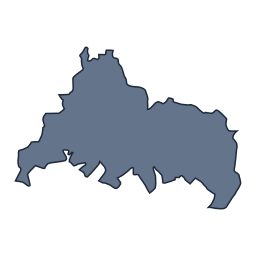 outline of Thai Hoa, Nghệ An, Vietnam
{"feature_id": "81297802B32908759949092", "entity_name": "Thai Hoa", "entity_type": "district", "adm_level": 2, "iso_a3": "VNM", "parent_name": "Vietnam", "parent_adm1": "Nghệ An", "projection": "albers", "projection_center": [105.442, 19.294], "detail": "fine", "context": "isolated", "style": "filled", "palette": "slate", "viewbox_px": 256, "rotation_deg": 0, "n_neighbors": 0, "source": "geoboundaries", "source_scale": "gbopen_adm2", "svg_char_len": 5586}
<svg xmlns="http://www.w3.org/2000/svg" viewBox="0 0 256 256"><path d="M208.4,207.4L209.8,207.3L216.0,208.4L218.9,208.6L220.3,208.7L221.8,208.7L223.0,208.6L223.8,208.4L224.5,208.2L225.8,207.5L226.2,207.1L226.6,206.6L227.0,205.9L227.5,205.1L232.7,197.0L235.1,193.9L236.4,191.4L238.6,188.0L239.8,185.5L240.2,184.7L240.5,183.7L240.6,183.1L240.6,182.6L240.1,179.7L239.3,176.9L239.2,175.9L239.0,175.3L238.6,174.6L238.0,173.9L236.7,172.8L235.9,172.4L235.2,171.9L234.5,171.3L234.2,170.5L234.2,169.9L234.2,169.3L234.4,168.3L234.8,165.7L235.7,158.4L236.5,149.9L236.7,148.8L236.9,147.8L237.0,145.9L236.8,144.9L236.7,143.9L236.4,143.1L235.9,142.2L235.6,141.6L234.8,140.6L234.0,139.7L233.4,139.0L233.0,138.3L232.8,137.8L233.0,136.7L233.2,136.1L233.5,135.3L233.8,134.7L234.2,133.9L235.3,132.5L237.0,131.0L231.3,131.1L229.2,130.8L228.7,130.6L228.2,130.2L226.9,127.8L226.2,125.7L225.9,124.3L225.9,123.5L226.4,120.3L226.6,119.0L226.3,118.5L223.5,115.6L221.5,113.6L219.1,111.5L217.5,110.4L216.6,110.1L216.4,110.1L215.9,110.2L215.5,110.5L213.5,112.4L212.7,112.9L211.9,113.2L211.5,113.3L206.9,112.8L205.6,112.4L205.1,112.6L204.7,113.1L204.4,113.2L204.2,113.2L202.7,112.6L200.2,110.6L197.9,108.4L197.1,107.6L195.8,106.6L195.0,106.2L193.2,105.5L191.0,104.7L187.8,105.0L181.3,104.3L177.9,103.3L173.5,102.0L172.9,99.1L171.3,98.4L169.4,98.1L168.5,98.0L166.3,101.4L164.2,103.3L163.3,103.5L162.7,103.6L161.5,103.0L159.0,101.9L157.6,101.9L157.0,102.1L155.3,103.1L150.9,107.8L149.0,109.1L147.6,109.4L147.7,106.6L147.7,104.7L147.6,103.2L147.5,102.6L147.7,99.5L147.7,97.7L147.3,96.4L146.6,94.1L145.5,90.8L145.2,90.2L144.8,89.7L144.4,89.4L143.3,88.6L140.7,87.5L138.9,87.1L137.1,86.9L136.0,86.8L133.5,86.6L131.4,86.3L130.1,85.9L128.6,85.4L127.7,84.8L127.2,84.3L127.0,84.0L126.7,83.6L126.4,81.3L126.1,79.4L125.8,78.7L125.6,78.3L124.2,76.0L123.6,73.8L123.6,73.7L122.6,70.4L121.6,67.6L120.8,66.3L119.9,65.2L118.8,64.0L118.5,63.1L118.1,59.6L117.8,59.1L116.9,58.6L116.2,58.2L114.6,58.1L114.0,57.8L113.5,57.5L113.2,57.1L112.9,56.8L112.6,56.1L112.4,54.1L112.5,52.9L113.1,50.5L111.2,50.3L108.3,50.2L106.3,50.2L105.9,51.7L105.7,54.0L105.2,54.5L104.3,54.6L103.4,54.6L98.8,54.5L98.7,54.8L98.9,56.4L99.2,57.5L98.9,58.1L98.4,58.7L97.7,59.4L97.1,59.4L96.3,59.1L95.1,58.6L94.2,58.4L93.2,58.5L92.7,58.7L92.3,59.1L91.1,60.3L90.6,60.6L90.1,60.9L88.8,61.1L88.2,60.9L87.7,60.4L87.7,59.8L88.0,58.8L87.9,58.2L88.2,57.6L88.7,56.6L88.8,55.6L88.5,54.7L87.7,53.3L87.6,52.2L87.4,50.6L87.7,49.8L87.9,49.3L87.9,48.7L87.4,47.9L86.6,47.3L85.8,47.3L85.3,47.5L84.0,49.8L82.8,51.9L79.9,55.3L80.0,56.1L81.1,57.5L81.2,57.9L81.5,58.9L81.5,61.8L82.0,65.3L83.2,68.6L83.2,69.0L82.8,69.7L80.8,71.3L77.9,73.4L76.3,74.6L74.2,76.5L73.5,77.2L73.1,77.9L72.9,78.8L73.1,84.6L73.2,88.1L73.1,89.0L73.0,89.7L72.8,90.3L72.3,91.1L71.6,91.7L71.0,92.1L70.2,92.7L69.0,94.4L67.4,94.5L61.5,94.8L59.0,94.8L61.0,98.0L61.8,99.1L62.5,99.6L63.0,99.8L63.1,100.3L62.4,104.0L62.6,104.7L62.8,105.5L63.4,106.7L64.3,108.9L61.5,111.5L59.2,113.1L58.4,113.4L57.4,113.3L52.0,113.4L45.8,113.5L43.6,116.6L43.2,117.9L43.0,119.5L43.1,120.9L44.3,124.5L44.5,126.4L43.0,127.5L42.3,133.3L41.5,135.9L39.6,140.1L38.5,141.8L35.1,141.8L31.7,142.1L31.2,142.3L30.8,143.4L29.9,144.5L28.8,146.0L27.7,147.1L26.6,147.7L25.3,148.3L23.5,149.2L21.6,149.8L20.3,150.1L18.9,150.7L18.5,152.4L18.5,153.9L18.5,155.8L18.4,157.8L18.1,159.7L18.0,160.9L18.1,163.0L18.4,165.2L18.9,166.6L20.3,167.8L20.9,169.1L20.6,170.8L19.9,172.2L15.4,180.9L17.3,181.2L20.5,181.7L22.1,181.9L23.3,182.5L26.0,184.4L27.5,185.5L28.7,186.0L29.9,185.6L29.9,184.7L29.8,183.7L29.6,182.9L27.5,174.2L30.0,171.1L35.4,165.6L43.3,168.4L44.7,168.3L45.2,167.0L45.8,166.0L46.7,164.9L47.5,164.1L48.1,163.6L50.5,162.9L61.3,161.4L63.8,160.9L65.3,160.5L66.3,159.5L66.5,158.6L66.3,157.5L66.0,156.6L65.5,155.6L63.2,151.7L63.1,151.0L63.1,150.6L63.3,150.2L64.7,149.9L67.1,150.1L68.1,150.4L68.6,150.8L68.8,151.6L68.2,153.4L68.0,154.0L68.1,154.3L68.8,154.7L69.2,154.7L71.6,152.8L72.0,152.4L72.9,152.7L71.6,154.7L70.3,157.3L69.5,159.4L69.3,161.7L70.4,162.2L73.3,165.3L73.9,165.7L74.4,165.8L75.7,165.3L78.3,164.0L85.1,162.7L85.9,164.6L82.0,167.3L79.4,169.7L82.3,171.5L83.4,172.5L84.2,173.1L85.0,175.4L85.2,176.0L85.4,176.4L86.1,176.7L87.3,176.9L90.8,173.5L97.3,166.1L99.0,163.9L99.8,161.5L102.8,164.8L104.6,167.0L105.2,168.2L105.4,168.9L105.6,169.9L105.6,170.6L105.4,171.5L105.1,172.1L104.5,173.3L102.8,175.6L99.4,180.1L98.7,180.8L102.6,182.8L105.3,183.1L109.9,184.9L113.0,187.1L114.6,188.1L115.6,188.3L115.9,188.3L116.2,188.4L117.1,188.1L117.9,187.4L118.7,186.8L119.5,185.6L119.9,184.8L120.1,184.4L120.5,184.1L120.4,183.0L120.6,182.5L117.3,178.1L122.6,175.2L127.0,171.8L130.6,168.5L132.3,167.5L132.9,167.7L133.3,168.2L133.3,174.0L133.5,174.3L133.8,174.5L134.3,174.7L135.8,174.6L136.6,174.4L137.8,174.6L138.5,175.0L140.8,178.7L143.6,182.7L145.1,185.0L147.0,188.6L147.4,189.4L148.1,190.6L149.7,193.0L152.8,190.5L154.3,189.0L155.2,187.9L155.4,186.6L155.7,184.2L155.6,177.7L155.4,175.8L153.5,169.5L153.4,168.6L153.3,167.8L153.4,167.3L153.7,166.9L154.1,166.8L154.6,167.1L155.7,169.0L156.6,170.1L158.0,171.1L161.7,175.1L162.1,176.1L162.3,177.8L163.0,182.9L164.6,183.0L165.3,183.0L166.1,182.7L171.0,181.2L173.1,180.4L175.2,179.6L174.9,178.5L175.1,177.9L175.7,177.5L176.4,177.5L177.9,177.5L179.0,177.5L179.6,177.2L179.8,176.6L180.4,176.2L180.8,175.9L181.5,175.7L181.9,175.7L182.3,175.9L182.9,176.7L184.1,177.6L185.3,179.9L190.1,183.8L193.3,180.3L195.4,178.1L201.5,182.0L204.2,185.3L205.9,186.8L207.1,188.8L209.6,190.8L213.0,193.1L214.9,194.2L214.9,195.1L214.7,196.1L214.1,199.0L212.4,202.4L211.0,204.7L208.4,207.4Z" fill="#64748b" stroke="#1e293b" stroke-width="1.5"/></svg>